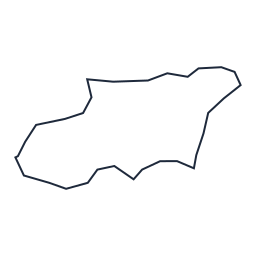 outline of Kumla, Orebro, Sweden
{"feature_id": "70781695B57717414810507", "entity_name": "Kumla", "entity_type": "district", "adm_level": 2, "iso_a3": "SWE", "parent_name": "Sweden", "parent_adm1": "Orebro", "projection": "orthographic", "projection_center": [15.16, 59.145], "detail": "fine", "context": "isolated", "style": "outline", "palette": "slate", "viewbox_px": 256, "rotation_deg": 0, "n_neighbors": 0, "source": "geoboundaries", "source_scale": "gbopen_adm2", "svg_char_len": 497}
<svg xmlns="http://www.w3.org/2000/svg" viewBox="0 0 256 256"><path d="M15.4,157.4L23.9,175.5L49.2,182.8L66.1,188.8L87.8,182.8L97.4,169.6L114.3,166.0L133.6,179.3L142.1,169.6L160.1,161.2L177.0,161.1L193.9,168.3L196.3,155.1L203.5,133.4L208.2,112.9L223.8,98.4L240.6,85.1L240.3,84.3L234.6,71.9L221.3,67.2L198.5,68.4L187.7,76.8L167.3,73.3L148.0,80.5L113.2,81.7L87.2,79.3L91.5,97.3L83.1,113.0L65.0,118.9L36.1,124.9L25.2,141.7L17.9,156.2L15.4,157.4Z" fill="none" stroke="#1e293b" stroke-width="2"/></svg>